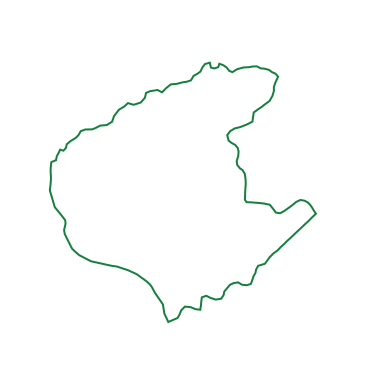 Planura, Minas Gerais, Brazil, rotated 60°
{"feature_id": "56859067B88533243460253", "entity_name": "Planura", "entity_type": "district", "adm_level": 2, "iso_a3": "BRA", "parent_name": "Brazil", "parent_adm1": "Minas Gerais", "projection": "equal_earth", "projection_center": [-48.641, -20.071], "detail": "fine", "context": "isolated", "style": "outline", "palette": "green", "viewbox_px": 384, "rotation_deg": 60, "n_neighbors": 0, "source": "geoboundaries", "source_scale": "gbopen_adm2", "svg_char_len": 2321}
<svg xmlns="http://www.w3.org/2000/svg" viewBox="0 0 384 384"><g transform="rotate(60 192 192)"><path d="M272.8,95.5L269.4,95.8L265.6,95.8L262.1,96.1L259.0,96.9L255.8,98.9L253.1,102.1L252.7,106.8L253.6,111.9L254.1,116.8L254.6,121.6L254.4,126.4L251.7,129.7L247.7,130.1L241.9,131.0L237.9,135.5L234.9,139.6L230.9,145.4L228.1,149.8L225.2,150.1L222.4,148.3L219.0,146.2L215.3,143.8L212.2,141.6L208.1,139.4L202.7,137.2L198.4,137.2L195.3,138.7L191.2,139.3L187.5,137.8L184.0,134.0L180.2,131.4L176.8,130.4L172.9,131.0L169.5,133.1L165.8,134.6L160.4,133.1L158.4,128.6L158.3,123.3L159.9,117.7L161.0,110.4L161.3,104.5L158.2,102.1L154.0,98.8L153.4,93.5L153.2,89.5L152.6,85.4L151.9,79.2L148.9,74.2L145.5,70.6L142.0,68.6L138.7,64.8L135.2,59.8L131.3,60.5L128.2,62.8L124.7,64.3L121.4,67.6L119.2,70.8L115.7,72.9L113.6,76.8L112.4,80.3L109.9,85.1L108.2,91.6L108.4,97.0L105.8,99.2L101.7,99.7L97.8,101.5L94.6,104.2L97.0,106.8L96.2,110.8L93.7,113.4L88.9,111.9L87.7,116.6L89.2,120.5L91.9,124.5L92.3,128.4L92.2,132.5L94.8,137.2L93.8,141.7L92.3,145.4L90.7,151.2L88.2,156.5L89.1,162.3L90.7,168.1L86.4,170.9L83.8,177.7L83.2,182.2L86.8,185.6L88.9,191.6L87.3,198.9L83.0,203.0L84.1,207.9L84.2,214.1L87.3,221.6L91.2,226.1L91.4,232.3L88.6,238.3L88.4,243.3L87.8,247.3L84.5,253.1L83.7,258.0L85.9,261.7L87.0,265.5L87.2,271.9L88.1,276.7L90.7,279.0L91.9,282.7L89.4,285.0L91.6,288.2L93.4,291.2L96.4,293.8L95.8,298.9L100.3,302.2L103.3,304.1L107.6,306.2L110.6,307.9L115.4,311.2L119.5,314.3L123.2,315.2L136.5,318.4L146.4,316.8L153.1,315.9L156.3,317.4L161.0,321.8L164.7,323.2L177.3,324.0L181.1,324.2L185.7,322.9L190.2,321.3L201.4,314.2L215.3,299.0L219.1,294.2L228.0,286.3L235.5,281.0L246.7,276.0L250.8,274.7L254.2,274.3L257.6,274.4L260.9,274.5L274.8,273.4L283.4,276.7L292.7,277.5L293.2,273.2L293.9,267.5L291.7,263.8L289.1,260.6L287.7,255.4L291.1,250.7L295.1,247.7L298.1,243.7L294.6,240.9L291.6,238.8L288.2,236.2L289.0,231.5L293.0,228.9L297.0,225.3L299.0,220.1L297.0,216.1L294.4,213.9L293.0,210.1L291.4,205.8L291.7,201.5L293.4,197.2L297.3,195.1L300.2,191.0L301.0,187.0L298.6,184.0L295.9,181.1L293.8,177.5L291.3,175.4L289.0,171.7L290.6,164.7L287.3,157.3L285.9,152.2L285.4,147.3L283.9,142.0L283.1,138.1L282.0,134.4L281.0,129.5L279.8,124.6L278.5,119.2L277.4,114.3L276.3,109.8L275.4,105.7L274.0,100.7L272.8,95.5Z" fill="none" stroke="#15803d" stroke-width="2"/></g></svg>